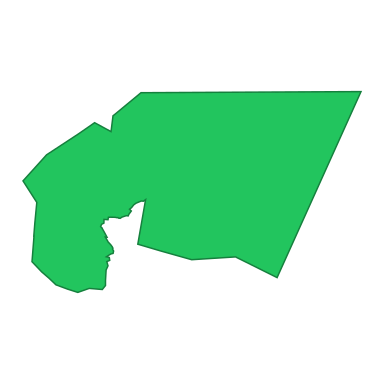 Tagant, Mercator projection
{"feature_id": "MRT-2798", "entity_name": "Tagant", "entity_type": "Region", "adm_level": 1, "iso_a3": "MRT", "parent_name": "Mauritania", "parent_adm1": "", "projection": "mercator", "projection_center": [-11.398, 18.406], "detail": "fine", "context": "isolated", "style": "filled", "palette": "green", "viewbox_px": 384, "rotation_deg": 0, "n_neighbors": 0, "source": "natural_earth", "source_scale": "10m", "svg_char_len": 1073}
<svg xmlns="http://www.w3.org/2000/svg" viewBox="0 0 384 384"><path d="M111.0,131.6L111.4,128.8L113.0,115.8L114.4,114.7L141.0,92.7L142.6,92.7L361.0,91.6L277.3,277.1L277.1,277.6L236.3,257.3L235.7,256.9L191.7,259.7L160.8,251.0L137.8,244.2L145.6,199.6L143.4,201.2L141.3,201.0L136.0,203.2L133.7,204.9L131.5,207.7L129.5,209.2L131.3,211.0L128.8,214.4L128.2,215.9L126.2,215.7L122.0,217.1L120.2,218.3L118.5,218.1L117.9,217.5L117.1,217.7L115.1,217.3L110.5,217.2L108.4,217.3L108.0,219.7L104.0,219.4L103.9,223.1L101.6,224.3L100.6,226.6L102.1,228.0L102.4,228.8L104.2,232.0L107.0,237.2L105.3,237.1L107.6,240.9L108.0,241.8L110.7,244.7L112.1,246.6L112.8,247.9L112.9,248.5L112.5,249.0L113.6,251.0L113.1,253.4L110.8,254.0L108.5,255.4L106.4,256.8L109.3,257.5L109.7,260.4L106.8,261.6L108.0,265.8L106.1,270.0L105.5,280.6L105.5,285.5L102.3,289.5L89.2,288.4L77.8,292.4L67.5,289.1L55.9,284.8L48.9,278.1L41.8,272.0L32.0,261.7L34.0,236.1L33.8,236.1L34.8,223.4L36.8,202.4L23.0,180.9L38.3,164.0L46.6,154.8L79.2,133.4L94.6,122.7L111.0,131.6Z" fill="#22c55e" stroke="#15803d" stroke-width="1.5"/></svg>